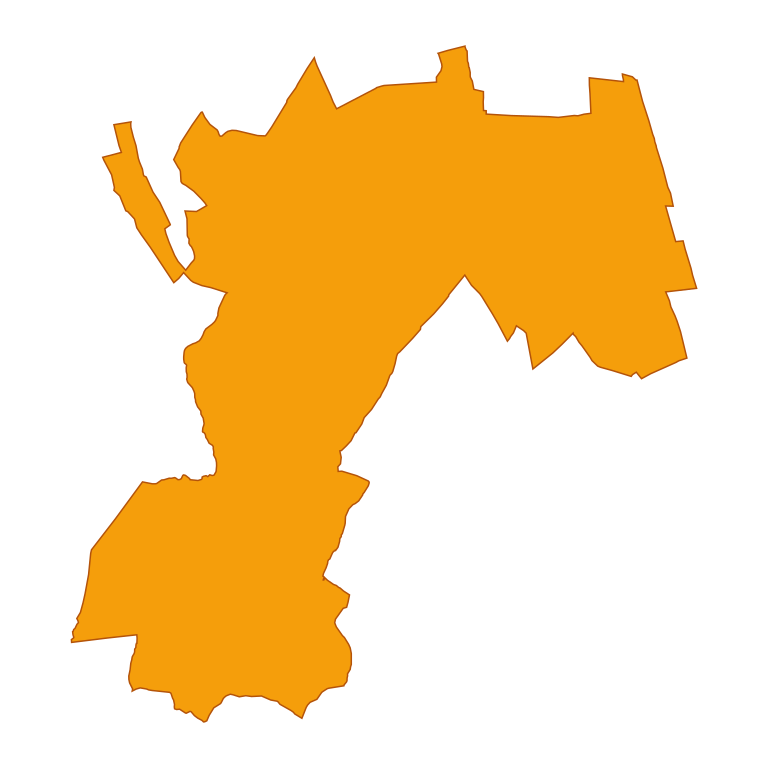 outline of Horlesti, Iasi, Romania
{"feature_id": "2599482B24639761167340", "entity_name": "Horlesti", "entity_type": "district", "adm_level": 2, "iso_a3": "ROU", "parent_name": "Romania", "parent_adm1": "Iasi", "projection": "orthographic", "projection_center": [27.382, 47.099], "detail": "fine", "context": "isolated", "style": "filled", "palette": "amber", "viewbox_px": 768, "rotation_deg": 0, "n_neighbors": 0, "source": "geoboundaries", "source_scale": "gbopen_adm2", "svg_char_len": 6066}
<svg xmlns="http://www.w3.org/2000/svg" viewBox="0 0 768 768"><path d="M637.0,80.0L635.9,80.1L632.4,76.8L622.4,74.0L622.5,75.7L623.4,79.6L623.5,81.6L589.3,77.8L589.4,85.3L590.0,93.6L590.9,113.3L584.0,114.2L577.9,115.8L574.3,115.5L558.3,117.4L548.6,116.7L511.3,115.6L486.2,114.1L486.2,110.7L483.5,110.5L483.2,101.7L483.5,97.7L483.4,91.6L473.9,89.4L472.3,81.1L470.4,77.3L470.2,76.0L470.2,72.5L469.2,67.6L468.8,67.2L468.3,63.2L467.5,61.3L467.1,51.0L466.4,50.3L465.9,49.3L465.0,46.8L465.0,46.1L447.9,50.4L438.0,53.3L438.6,54.1L441.7,64.0L442.0,66.6L441.0,70.7L436.4,77.2L436.5,82.1L384.0,85.5L381.6,86.1L376.4,87.7L376.1,88.2L336.6,108.8L333.1,102.0L330.5,95.4L317.1,66.1L315.6,62.1L314.3,57.7L307.2,68.4L297.8,84.0L295.9,87.8L287.5,99.4L286.9,100.7L286.7,102.4L271.9,126.7L267.7,132.9L265.9,135.3L265.1,135.9L257.7,135.6L236.2,130.5L232.0,130.3L227.9,131.3L225.7,132.7L221.8,136.1L220.2,136.2L219.0,134.5L218.2,131.9L217.2,130.0L209.9,124.4L204.8,117.4L202.3,112.1L201.4,112.2L200.7,112.9L192.2,125.0L180.7,142.9L179.1,147.0L179.2,148.1L173.7,159.6L178.1,167.3L179.8,169.7L180.4,171.5L181.0,181.5L181.8,182.9L182.9,183.8L185.9,185.4L193.8,191.2L200.7,198.2L204.8,202.8L206.7,205.6L196.5,211.5L185.0,211.0L187.0,218.8L187.3,235.3L187.6,236.6L189.1,239.0L188.9,243.2L190.2,245.5L191.4,246.6L192.5,248.8L193.7,251.7L194.6,256.0L194.5,258.6L193.8,260.2L191.2,263.0L185.7,270.2L178.1,261.5L174.6,255.4L169.1,242.4L165.9,233.5L164.8,228.8L170.3,224.8L170.2,224.3L159.8,202.4L153.0,192.1L146.2,177.0L143.9,175.9L143.4,174.7L142.4,169.1L139.5,162.0L138.3,158.2L136.0,145.7L133.3,137.0L130.9,127.4L130.7,123.8L131.0,121.9L113.9,124.7L119.0,145.5L121.4,152.4L102.7,157.3L103.9,160.2L111.6,174.8L114.4,187.4L113.9,190.4L119.8,195.9L125.8,210.8L127.7,211.6L134.2,218.6L134.6,219.3L136.8,227.8L141.3,234.7L150.2,247.1L173.8,282.7L178.7,278.5L183.6,272.6L190.8,280.4L193.3,282.2L201.9,285.6L210.8,287.6L227.1,292.8L225.4,294.4L224.5,295.9L218.9,308.0L217.9,313.3L217.9,315.5L215.6,320.4L214.4,322.0L212.0,324.3L205.9,328.9L204.2,331.6L203.0,334.9L201.2,338.3L199.3,340.8L195.6,342.9L192.8,343.8L187.8,346.4L185.6,348.4L184.5,350.4L184.1,352.4L183.7,356.8L183.7,359.2L184.2,362.5L184.5,363.1L186.3,364.6L186.6,365.3L186.2,367.8L186.3,371.8L187.0,374.1L187.1,377.3L186.7,379.1L187.5,381.9L188.1,383.0L192.3,387.6L194.1,391.5L194.7,393.6L194.8,397.4L195.5,399.8L195.6,401.8L196.0,402.8L197.6,406.8L200.8,411.0L201.0,414.2L203.2,418.1L204.1,423.6L203.8,425.1L202.8,428.1L202.5,431.5L202.7,432.0L204.1,432.7L205.3,434.4L205.9,437.6L207.3,439.5L209.1,443.2L212.4,445.3L213.3,446.7L213.2,448.5L213.8,452.0L213.6,454.9L215.8,459.0L216.5,462.6L216.6,465.9L216.1,471.5L214.2,474.9L213.6,475.3L212.1,475.5L209.8,474.8L207.8,476.6L206.1,475.7L203.4,476.3L202.1,477.1L202.1,478.6L201.5,479.4L198.0,480.5L190.1,479.7L189.6,478.6L185.5,475.4L183.7,474.9L182.8,475.4L181.3,478.6L179.9,479.5L178.0,479.7L175.7,478.0L174.7,477.6L171.3,478.3L169.2,478.2L163.9,479.8L161.6,480.0L156.7,483.5L155.3,483.8L152.3,483.8L142.5,481.9L115.2,519.1L91.5,549.8L90.7,553.3L88.6,574.5L85.1,593.6L83.1,602.6L80.4,612.5L76.8,618.5L78.0,620.8L78.4,622.7L77.0,624.2L75.0,628.4L73.7,629.5L73.2,631.2L72.6,631.7L73.0,634.8L73.8,637.3L73.6,637.9L71.4,639.6L71.6,642.4L107.3,638.0L136.8,634.8L137.1,638.0L136.9,643.4L136.4,643.4L136.0,644.8L135.8,647.6L134.7,649.1L134.6,651.9L134.2,653.4L132.3,656.7L132.0,658.1L131.8,659.7L130.8,663.3L130.1,669.8L128.8,676.0L128.9,679.5L129.6,682.9L132.6,688.9L132.2,691.1L136.3,689.0L140.2,687.9L146.6,689.0L148.7,689.9L152.2,690.5L169.4,692.3L170.7,693.0L171.1,693.7L172.6,698.2L173.6,700.1L174.5,704.4L174.3,707.0L174.6,708.8L176.6,709.5L179.6,709.2L185.4,713.0L186.3,713.2L190.0,711.4L191.1,711.7L194.4,715.6L197.7,718.1L202.0,720.4L203.5,721.9L204.7,721.8L206.8,720.8L209.2,715.3L213.8,707.8L220.5,703.6L221.2,702.7L223.2,698.7L224.3,697.4L226.3,695.8L230.3,694.2L233.1,694.8L239.3,696.8L245.8,695.7L251.6,696.5L261.5,696.0L270.7,700.0L277.1,701.2L277.9,701.7L280.0,704.3L291.0,710.5L293.5,712.3L294.7,713.9L301.9,718.3L306.2,707.4L307.6,705.0L310.1,702.3L316.9,699.3L321.7,692.4L322.7,691.6L327.2,688.7L328.8,688.2L343.9,685.8L344.1,684.9L346.6,681.8L347.0,680.6L347.1,677.9L347.6,675.9L347.5,673.9L350.2,669.4L350.6,666.7L351.3,664.5L351.3,653.5L350.2,647.9L348.6,644.3L344.4,637.5L342.4,635.6L336.3,626.9L334.7,622.8L335.5,619.1L343.2,608.3L346.6,607.3L348.0,602.3L349.5,594.9L343.5,591.0L340.2,588.1L338.6,587.4L336.4,585.5L333.6,584.5L327.5,580.3L324.9,577.8L323.8,580.0L323.2,579.9L324.1,577.3L323.9,576.7L322.9,576.1L323.5,573.4L326.1,567.8L327.6,563.4L327.8,561.3L328.5,559.8L329.8,559.0L332.4,553.1L333.1,552.0L334.2,551.0L335.4,550.6L335.4,550.0L336.0,550.0L338.0,547.2L339.6,541.5L339.9,538.3L340.7,537.6L341.3,536.3L341.3,534.8L342.3,533.7L344.8,525.2L345.2,523.1L345.5,516.5L348.9,508.8L352.8,504.7L355.3,503.5L358.7,500.9L362.6,495.1L362.9,493.9L364.2,492.4L368.3,485.8L369.2,482.8L369.0,481.8L368.3,481.0L356.8,475.7L341.9,471.2L338.2,471.4L337.8,466.8L340.5,463.8L341.2,457.3L339.8,450.9L341.5,450.5L346.4,445.8L351.1,440.7L354.9,433.0L356.0,432.7L361.8,424.0L364.2,417.6L371.5,409.5L378.2,399.1L380.2,396.9L381.8,393.4L386.3,385.3L389.9,375.3L391.8,373.4L392.8,371.5L395.1,363.5L396.7,355.9L397.7,353.5L399.8,351.8L412.6,338.4L420.4,329.5L420.8,326.6L433.7,313.9L442.6,303.7L448.6,296.1L448.8,294.7L464.8,275.1L471.5,285.3L479.7,293.6L481.8,296.5L492.6,314.1L498.1,323.6L507.4,341.2L509.6,338.5L510.6,336.6L513.4,332.9L516.4,325.8L523.6,330.6L526.2,333.2L532.9,369.0L552.9,352.9L562.1,344.2L573.1,333.1L573.4,334.4L575.7,336.6L579.0,342.2L582.1,346.0L590.1,357.3L592.0,360.6L597.7,366.1L600.3,367.2L612.2,370.5L631.2,376.4L632.5,374.6L636.3,372.2L641.5,378.7L650.7,373.7L676.0,362.4L678.8,360.8L686.9,358.1L680.5,331.6L677.1,321.2L675.0,315.8L670.9,307.0L669.4,300.7L665.7,291.9L696.6,288.3L692.6,275.3L691.0,268.3L685.1,249.0L683.1,240.9L675.7,241.6L665.6,206.0L673.2,206.2L670.5,193.1L667.8,187.2L662.9,168.2L656.4,147.5L656.2,145.9L654.8,141.8L654.3,138.5L652.7,134.3L648.8,120.6L642.6,101.5L637.0,80.0Z" fill="#f59e0b" stroke="#b45309" stroke-width="1.5"/></svg>